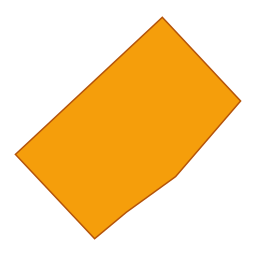 Rupea, Brasov, Romania
{"feature_id": "2599482B16674200014647", "entity_name": "Rupea", "entity_type": "district", "adm_level": 2, "iso_a3": "ROU", "parent_name": "Romania", "parent_adm1": "Brasov", "projection": "mercator", "projection_center": [25.268, 46.022], "detail": "fine", "context": "isolated", "style": "filled", "palette": "amber", "viewbox_px": 256, "rotation_deg": 0, "n_neighbors": 0, "source": "geoboundaries", "source_scale": "gbopen_adm2", "svg_char_len": 213}
<svg xmlns="http://www.w3.org/2000/svg" viewBox="0 0 256 256"><path d="M126.4,212.2L175.6,176.6L240.6,101.0L162.3,17.3L15.4,154.4L94.6,238.7L126.4,212.2Z" fill="#f59e0b" stroke="#b45309" stroke-width="1.5"/></svg>